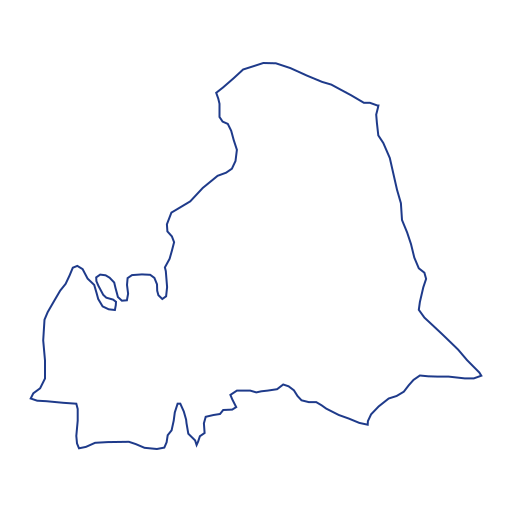 outline of Ljusdal, Gävleborg, Sweden
{"feature_id": "70781695B40946253487831", "entity_name": "Ljusdal", "entity_type": "district", "adm_level": 2, "iso_a3": "SWE", "parent_name": "Sweden", "parent_adm1": "Gävleborg", "projection": "mercator", "projection_center": [15.393, 61.922], "detail": "fine", "context": "isolated", "style": "outline", "palette": "blue", "viewbox_px": 512, "rotation_deg": 0, "n_neighbors": 0, "source": "geoboundaries", "source_scale": "gbopen_adm2", "svg_char_len": 2419}
<svg xmlns="http://www.w3.org/2000/svg" viewBox="0 0 512 512"><path d="M30.7,398.5L37.2,400.7L46.4,401.2L63.2,402.8L76.3,403.7L77.7,409.0L77.7,420.7L76.3,435.9L77.0,443.4L79.0,448.3L85.9,446.9L95.1,442.8L107.5,442.1L128.9,441.8L135.8,444.1L144.5,447.8L156.9,449.0L164.3,447.6L166.6,442.3L167.7,435.2L167.8,435.1L171.6,430.3L173.7,420.7L174.8,412.4L177.6,403.7L180.3,403.7L183.8,411.5L186.1,419.6L186.5,423.2L188.3,433.7L195.1,440.4L196.6,445.0L198.1,441.6L199.9,436.2L204.6,433.0L203.9,423.3L205.7,416.8L213.5,415.0L220.0,414.0L223.2,410.0L232.2,409.6L236.2,407.1L232.2,399.2L230.4,394.9L236.9,390.6L250.2,390.6L256.3,392.4L261.3,391.3L267.7,390.6L277.1,389.2L283.2,384.5L288.6,386.3L293.9,390.3L297.5,396.0L301.5,400.3L308.7,402.1L316.2,402.1L321.6,405.3L326.2,408.6L338.8,415.0L348.9,418.6L359.3,422.9L367.7,424.7L367.9,421.1L371.1,414.3L378.7,406.4L388.7,398.5L396.6,396.0L403.8,391.7L408.8,385.2L413.5,379.9L419.9,375.5L428.2,376.3L437.5,376.6L448.6,376.6L464.8,378.4L473.8,378.4L481.3,375.7L479.4,372.6L467.1,360.2L458.1,349.6L442.4,334.4L424.4,317.6L418.8,309.8L419.9,301.9L423.3,287.3L426.1,278.9L424.4,272.7L418.8,268.3L414.3,257.6L411.0,244.1L407.1,232.4L402.0,220.0L400.9,203.2L397.0,189.7L394.2,177.4L389.8,158.0L383.3,143.0L378.3,135.4L376.9,122.9L376.2,114.6L378.0,107.5L378.4,105.5L377.4,105.5L369.9,102.8L363.9,102.8L351.0,95.2L341.1,89.9L331.3,84.6L322.1,81.9L306.7,75.5L290.4,68.1L275.9,63.3L263.3,63.0L254.1,66.0L243.1,69.5L233.9,78.0L223.1,87.4L216.2,92.8L218.3,98.7L219.5,103.8L219.5,110.4L219.5,117.0L222.6,121.6L227.8,123.9L231.2,130.8L233.7,140.0L236.9,149.8L235.5,161.0L231.9,168.7L226.1,172.7L217.6,175.8L202.8,187.9L190.2,201.4L171.4,212.6L166.9,224.3L167.4,231.4L171.9,236.4L174.1,242.2L171.9,250.7L169.6,258.8L164.9,267.4L165.8,271.1L167.1,287.1L166.1,296.3L162.3,299.0L158.4,295.2L157.2,290.8L157.0,284.3L154.4,277.9L150.2,274.8L141.9,274.4L132.0,275.1L127.6,278.1L127.0,284.9L128.1,293.7L126.9,300.3L121.9,300.7L117.9,297.0L116.8,292.8L115.5,288.0L114.2,282.5L109.6,277.7L105.6,275.3L100.2,274.6L96.2,277.4L96.4,281.2L98.4,285.8L103.2,294.8L106.3,297.7L113.1,299.6L116.0,301.8L115.8,305.1L114.9,310.0L108.7,309.3L102.6,306.4L98.2,299.0L96.6,293.1L94.2,284.9L87.6,278.6L82.6,269.1L77.3,265.9L72.8,267.7L69.6,275.4L65.6,283.9L60.2,290.6L54.4,300.5L47.7,312.1L44.5,319.7L43.2,340.4L45.0,360.5L45.0,378.5L40.1,388.3L33.3,393.3L30.7,398.5Z" fill="none" stroke="#1e3a8a" stroke-width="2"/></svg>